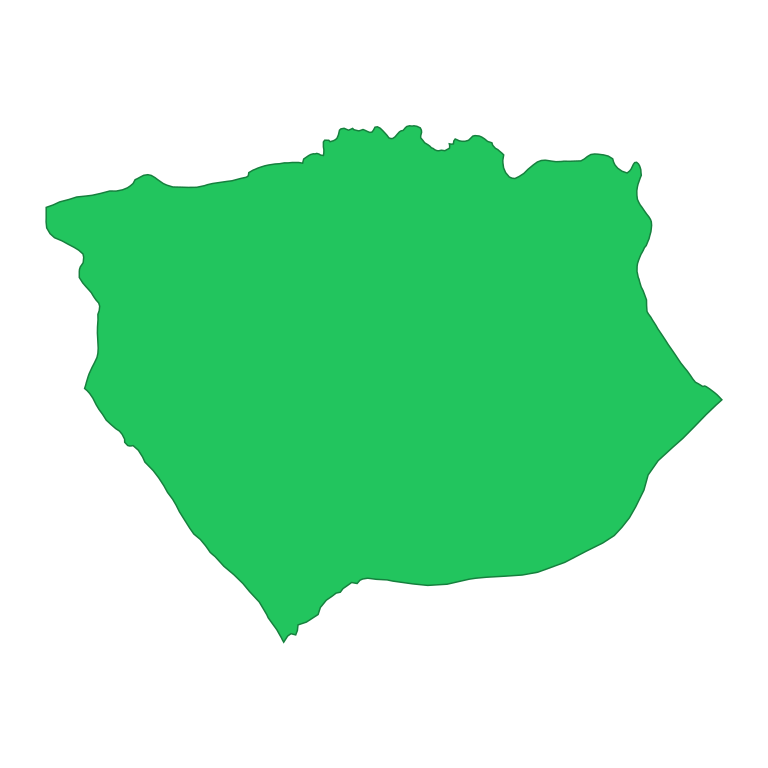 Rumduol, Svay Rieng, Cambodia (Albers equal-area conic projection)
{"feature_id": "14789045B51142255514393", "entity_name": "Rumduol", "entity_type": "district", "adm_level": 2, "iso_a3": "KHM", "parent_name": "Cambodia", "parent_adm1": "Svay Rieng", "projection": "albers", "projection_center": [105.826, 11.218], "detail": "fine", "context": "isolated", "style": "filled", "palette": "green", "viewbox_px": 768, "rotation_deg": 0, "n_neighbors": 0, "source": "geoboundaries", "source_scale": "gbopen_adm2", "svg_char_len": 4998}
<svg xmlns="http://www.w3.org/2000/svg" viewBox="0 0 768 768"><path d="M503.7,154.9L502.0,153.2L499.6,151.2L497.8,149.6L495.4,148.3L492.7,145.3L491.9,142.8L487.6,141.4L484.6,138.9L481.8,137.1L479.2,136.0L477.0,135.8L475.0,135.6L472.8,136.1L470.6,138.3L468.5,140.3L465.0,141.3L462.0,141.3L459.2,140.8L456.9,139.7L455.2,139.0L453.8,141.0L453.4,143.9L451.3,144.2L449.3,143.8L449.7,145.9L449.5,148.2L444.9,150.7L441.4,150.2L438.6,150.8L436.8,150.6L434.9,149.8L433.0,148.4L431.4,147.8L429.9,146.2L428.0,144.8L424.7,142.8L422.7,140.2L420.7,137.8L420.7,135.8L421.6,132.3L421.4,130.2L420.3,127.9L416.9,126.3L413.9,125.8L412.1,126.1L409.5,125.8L406.8,126.5L405.3,127.8L403.2,130.4L401.0,130.9L399.4,131.9L397.4,134.1L395.1,136.8L392.9,138.4L391.1,138.6L388.9,137.9L387.0,135.3L385.2,133.3L382.7,130.6L380.2,128.2L377.4,126.8L375.0,127.2L373.3,130.4L371.8,132.2L369.7,132.4L367.5,131.5L365.0,130.3L363.0,129.5L360.8,130.3L358.8,130.9L355.8,130.2L353.9,129.7L352.6,128.4L350.7,129.3L348.5,130.2L344.1,128.3L340.9,128.9L339.5,130.2L338.4,134.9L337.0,138.2L335.5,139.6L333.5,140.7L330.1,141.7L328.8,140.3L324.7,140.2L323.4,142.0L323.4,146.9L323.9,149.9L323.8,153.0L323.4,155.5L320.6,155.1L319.1,154.1L316.8,153.4L315.1,153.9L313.3,153.8L310.7,154.5L308.5,155.7L306.6,157.0L303.7,159.0L302.6,163.2L298.8,162.5L292.1,162.5L288.0,162.9L284.2,162.9L279.7,163.7L275.0,164.0L268.6,165.0L264.9,165.8L260.7,167.1L257.6,168.2L254.7,169.5L253.1,170.1L248.8,172.6L248.3,175.8L246.4,177.2L240.5,178.5L231.9,180.8L227.0,181.4L219.5,182.5L212.6,183.5L207.4,184.7L204.4,185.7L196.7,187.3L188.2,187.4L181.6,187.2L172.9,187.0L166.7,185.1L163.2,183.5L157.6,179.6L155.0,177.6L151.2,175.4L147.8,174.7L143.7,175.3L140.6,176.9L137.3,178.7L135.1,179.7L133.1,183.5L130.3,185.9L127.5,187.8L122.6,189.8L116.1,191.1L109.8,191.0L100.7,193.4L92.1,195.3L86.4,196.0L76.7,197.0L68.9,199.5L59.7,201.9L53.0,205.0L46.2,207.4L46.2,217.9L46.1,221.9L46.7,227.9L50.1,233.7L54.5,237.7L61.9,240.8L67.9,244.1L74.2,247.4L78.6,250.1L83.0,254.0L83.7,257.3L83.2,262.6L81.9,264.6L80.4,266.7L79.5,269.3L79.3,271.5L79.3,277.5L82.8,283.0L85.9,286.6L88.9,289.9L91.4,292.8L92.5,294.7L94.0,297.1L96.1,300.1L98.7,303.0L99.7,306.2L99.2,310.7L97.9,314.3L98.0,319.9L97.5,327.0L97.4,333.1L97.8,340.2L98.2,348.2L97.9,353.3L97.0,357.4L94.4,362.9L92.1,367.3L89.2,373.6L88.2,376.4L86.3,382.7L85.7,385.1L84.6,388.5L87.1,390.6L89.7,393.5L92.9,398.2L96.2,404.8L99.1,409.6L102.5,414.2L106.3,420.2L111.1,424.6L115.7,428.6L119.5,431.1L122.2,434.4L123.3,436.6L124.6,439.1L124.7,442.3L127.7,445.5L129.6,446.0L131.3,445.9L133.1,445.6L138.3,450.2L142.6,457.0L144.9,462.1L153.2,470.6L158.7,477.8L163.9,485.8L167.6,492.5L172.7,499.3L176.2,505.3L179.4,511.7L184.4,519.7L189.7,528.1L193.8,534.0L200.3,539.4L205.6,545.8L208.1,549.3L210.2,552.4L212.8,554.7L215.1,556.6L218.3,560.1L223.9,566.3L234.0,574.8L242.9,583.5L249.5,591.5L256.1,598.6L259.2,601.9L263.8,609.6L266.8,614.7L268.2,617.8L272.3,623.5L276.8,629.7L278.6,632.9L280.2,635.7L281.4,637.8L282.2,639.5L283.7,642.2L287.7,636.0L291.0,633.7L295.7,634.9L297.4,630.5L298.0,624.9L306.4,622.1L318.1,614.5L320.4,607.4L322.1,605.4L326.3,600.2L332.5,595.9L336.1,593.1L340.3,592.2L343.0,588.6L347.6,585.4L351.6,582.5L357.1,583.5L360.0,580.2L362.7,579.0L367.7,578.2L376.2,579.3L387.3,579.9L389.5,580.4L392.9,581.1L412.9,583.9L427.7,585.4L447.2,584.2L469.1,579.2L475.9,578.2L486.9,577.2L504.7,576.2L522.3,575.0L537.8,572.2L564.9,562.3L586.0,551.3L602.9,542.9L614.3,535.5L621.9,527.3L629.4,517.8L635.7,506.8L638.3,501.5L643.9,490.2L648.1,475.0L658.2,460.6L672.5,447.5L682.8,438.4L694.4,426.7L705.8,414.9L715.8,405.3L721.9,399.8L718.8,396.5L716.9,394.6L714.5,392.6L712.8,391.3L709.5,388.8L706.3,386.7L704.7,386.0L702.8,386.5L698.4,383.8L695.4,382.2L692.8,379.0L690.6,375.7L687.4,371.2L685.0,368.3L680.7,362.9L677.5,358.1L674.7,353.9L671.6,349.4L668.1,344.4L666.1,341.2L662.1,335.1L657.9,328.9L655.8,325.2L652.4,319.9L650.7,317.0L648.4,313.9L647.0,311.5L646.6,305.7L646.5,299.9L644.6,294.7L643.1,290.7L641.2,287.0L639.6,281.7L639.0,279.2L638.2,277.3L637.5,273.7L637.0,271.5L637.1,266.4L637.5,263.6L638.5,260.5L639.7,257.4L641.0,254.3L642.0,252.6L643.3,250.2L644.4,247.7L646.2,245.6L648.2,240.7L649.0,238.9L649.7,236.0L650.9,231.7L651.3,228.4L651.6,225.3L651.3,221.7L650.5,219.5L649.0,217.0L646.7,214.1L644.7,211.3L642.0,207.3L640.1,204.8L638.6,202.0L637.4,199.3L636.9,195.3L636.8,190.8L637.4,186.9L638.0,184.3L640.2,178.0L641.3,175.3L641.0,172.8L640.8,169.7L640.2,167.6L639.6,165.9L638.5,164.0L636.6,162.3L634.7,162.6L633.4,164.3L631.1,169.1L629.7,170.9L627.1,173.0L622.0,171.2L617.7,168.2L615.0,165.0L613.6,162.1L612.7,158.8L608.3,156.1L603.6,154.9L598.1,154.2L594.6,154.0L590.9,154.5L587.3,156.6L584.3,159.0L580.9,160.9L574.4,161.1L569.9,161.3L563.9,161.2L561.5,161.5L556.0,161.7L551.4,161.1L546.9,160.4L545.2,160.2L541.3,160.5L537.3,162.0L533.3,164.9L528.0,169.3L523.9,173.4L519.1,176.5L515.0,178.5L512.1,178.2L509.3,177.0L505.6,172.6L503.6,167.9L502.9,162.9L502.8,160.2L503.7,154.9Z" fill="#22c55e" stroke="#15803d" stroke-width="1.5"/></svg>